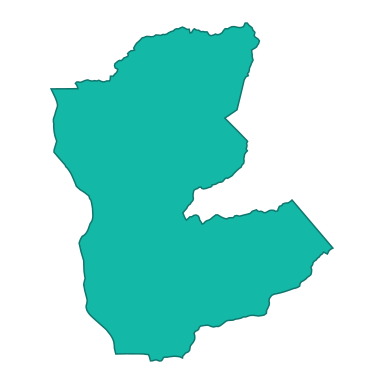 Parambu, Ceará, Brazil
{"feature_id": "56859067B29011141793469", "entity_name": "Parambu", "entity_type": "district", "adm_level": 2, "iso_a3": "BRA", "parent_name": "Brazil", "parent_adm1": "Ceará", "projection": "orthographic", "projection_center": [-40.595, -6.298], "detail": "fine", "context": "isolated", "style": "filled", "palette": "teal", "viewbox_px": 384, "rotation_deg": 0, "n_neighbors": 0, "source": "geoboundaries", "source_scale": "gbopen_adm2", "svg_char_len": 5246}
<svg xmlns="http://www.w3.org/2000/svg" viewBox="0 0 384 384"><path d="M87.2,299.9L86.9,303.1L86.2,305.6L86.1,307.2L86.9,310.3L87.8,311.9L88.9,313.5L90.6,315.5L93.8,318.5L106.3,329.6L110.8,335.4L112.7,338.7L113.8,341.9L114.3,345.5L114.4,348.3L115.8,354.0L126.1,353.8L142.6,353.9L148.4,354.6L149.3,356.5L150.5,360.9L152.9,360.7L154.5,360.1L156.6,359.9L158.0,360.5L159.5,361.0L161.3,360.8L162.4,359.7L163.2,357.9L164.5,357.1L166.9,357.2L169.8,356.7L174.4,356.2L176.7,356.4L179.6,356.7L182.5,358.0L182.9,355.8L184.3,354.6L185.3,353.2L188.0,352.0L189.5,350.5L189.9,348.7L190.3,346.1L191.7,344.2L193.3,342.1L194.6,339.6L194.8,337.3L194.7,335.4L194.0,333.5L195.2,331.3L197.0,330.6L198.6,329.4L199.2,327.4L200.5,326.1L202.2,325.8L204.8,325.4L207.2,325.2L208.8,325.4L210.3,326.1L211.8,326.6L213.6,327.0L216.1,326.4L218.4,326.5L220.5,325.5L223.9,322.9L226.1,321.1L228.2,320.4L231.1,320.3L233.1,320.1L235.7,319.1L237.5,318.9L239.9,318.4L241.8,317.8L243.3,316.9L246.0,316.9L249.1,315.7L250.7,315.4L253.1,315.3L255.7,315.6L258.6,316.0L260.4,315.7L262.0,315.5L264.2,315.0L266.4,313.3L266.6,310.3L267.7,308.4L268.4,306.6L269.1,305.2L269.4,303.1L269.0,301.0L269.3,298.8L270.5,296.9L271.8,295.3L274.0,294.2L276.2,293.8L278.3,293.3L281.0,292.7L282.6,292.2L284.4,291.7L286.2,291.1L288.6,290.3L290.3,289.7L293.2,288.6L295.5,288.1L297.8,287.3L299.7,286.1L300.0,283.7L301.3,281.8L303.7,280.5L306.2,278.7L307.2,277.4L309.2,276.1L310.9,274.6L311.5,272.3L311.7,269.8L310.9,267.1L312.5,265.0L313.2,262.4L314.5,261.0L316.3,259.9L317.3,258.3L319.2,257.0L320.4,255.2L322.5,253.8L323.7,252.0L325.7,253.2L327.4,254.0L328.7,251.2L330.3,249.5L332.9,248.1L292.0,200.0L290.5,201.4L288.2,202.9L286.6,203.0L284.9,203.2L282.9,203.9L281.6,205.7L279.4,206.3L278.3,208.7L277.6,210.9L275.5,211.3L274.0,210.4L271.8,210.2L269.9,210.4L268.2,211.2L266.0,212.5L263.8,212.7L262.4,211.7L260.9,211.2L258.9,211.5L257.5,210.9L256.5,209.8L254.7,210.4L252.2,211.3L250.2,213.4L247.7,214.1L244.8,214.8L242.4,215.4L239.7,216.2L236.6,215.5L234.8,215.9L233.2,217.7L230.5,217.7L228.6,217.9L226.8,218.9L224.9,218.5L223.2,217.9L221.1,216.9L219.2,215.8L217.8,214.9L215.8,214.9L214.4,216.0L212.5,217.4L210.6,219.1L208.7,220.1L207.0,220.6L205.3,221.6L203.7,223.4L202.2,224.1L200.9,221.7L199.7,220.1L199.4,218.5L198.8,216.9L197.8,215.7L196.0,215.0L193.8,215.4L191.9,216.7L189.8,216.9L188.2,218.5L186.4,220.1L185.4,218.7L184.3,216.5L183.5,214.4L182.8,212.9L183.8,211.8L185.1,210.2L186.7,208.4L187.5,206.7L188.6,205.2L190.4,203.9L191.1,202.5L192.8,200.6L193.4,198.7L193.0,196.1L193.2,193.4L193.9,190.3L195.9,189.0L197.5,188.6L198.9,187.3L201.1,187.2L201.9,188.5L203.6,188.9L206.4,188.4L208.0,187.7L210.1,187.2L211.7,186.4L212.1,184.8L213.7,184.7L215.9,184.1L218.6,182.5L221.7,182.0L223.2,181.0L224.7,179.0L226.2,177.9L227.6,178.3L229.1,177.5L230.5,176.7L232.2,175.6L233.7,173.7L235.1,172.3L236.9,170.5L238.9,168.7L241.1,167.2L242.0,165.1L243.7,163.3L244.1,160.9L243.8,158.9L244.2,156.8L244.6,154.3L245.8,152.5L247.4,150.8L246.1,149.0L246.8,147.0L247.0,145.2L246.5,143.4L247.6,141.3L239.5,132.9L224.8,118.1L237.0,109.8L242.1,88.8L244.2,79.8L246.1,76.7L248.3,75.7L247.5,73.6L248.8,72.1L249.3,70.2L249.5,68.0L250.6,65.8L251.4,63.5L252.3,61.7L253.1,60.1L252.6,58.6L252.2,56.5L252.2,54.6L251.9,52.7L251.6,50.2L253.3,49.0L255.0,48.1L256.6,46.9L257.4,45.3L258.6,43.6L259.4,40.8L258.0,39.0L256.6,38.0L255.3,37.2L254.2,35.7L254.9,32.3L253.0,30.2L252.0,27.6L250.1,26.2L248.9,25.2L247.3,23.1L245.2,23.0L244.3,24.9L243.7,26.5L241.8,27.3L240.1,27.6L238.4,27.5L236.1,27.0L234.3,26.6L231.9,26.7L229.8,27.6L227.8,28.8L225.2,28.7L223.6,30.4L222.3,32.5L220.5,33.8L219.0,34.5L217.1,34.7L215.5,34.0L213.6,35.0L211.1,35.7L209.1,34.9L208.1,33.3L207.1,31.9L204.6,31.9L202.9,31.5L200.9,31.7L198.7,30.2L196.7,30.2L194.3,28.8L193.0,30.1L191.5,32.6L189.9,32.9L189.6,31.0L189.2,29.2L187.0,29.4L184.4,27.9L182.5,27.1L180.5,27.8L178.6,28.8L176.5,28.8L174.9,29.4L173.2,31.0L170.9,31.6L168.4,32.9L166.7,34.1L164.7,34.6L163.1,34.4L160.7,35.4L158.3,35.1L155.9,34.9L153.6,36.5L151.2,36.8L148.9,36.5L146.5,36.4L144.1,37.4L142.1,37.9L140.6,39.6L139.1,41.1L136.6,43.2L135.0,45.7L133.7,48.1L134.6,50.0L132.9,50.6L131.1,50.7L128.9,52.2L127.6,53.6L128.4,55.0L127.6,56.5L125.9,57.2L124.0,57.9L122.6,59.5L121.3,60.6L119.5,60.4L118.1,61.1L116.6,62.3L114.9,63.8L114.5,65.8L115.3,68.0L117.7,69.2L117.3,71.3L116.2,72.9L114.5,74.4L113.4,76.1L110.4,76.2L110.2,79.5L109.4,81.0L106.9,80.9L103.9,82.0L101.6,81.5L98.8,80.3L96.7,81.0L94.4,80.6L92.3,81.1L89.7,80.7L87.9,79.9L85.8,80.3L84.1,80.9L82.7,81.5L80.4,82.4L78.2,81.9L76.5,82.1L75.4,83.4L76.6,85.0L77.4,86.7L77.9,88.7L75.1,88.7L64.3,88.8L61.2,88.8L51.1,88.9L55.7,98.6L57.0,102.4L57.5,104.8L57.4,106.5L55.6,111.9L55.0,114.3L53.4,119.1L53.4,121.8L53.8,123.9L53.7,126.2L53.8,128.2L54.2,132.0L55.0,136.1L56.7,141.2L54.1,149.8L54.0,152.2L63.4,163.1L65.2,165.1L65.7,166.6L67.4,168.2L69.3,170.8L71.1,173.8L72.7,177.2L75.4,183.6L76.3,186.2L79.9,189.5L85.0,192.8L87.4,194.8L88.8,195.7L89.6,198.4L91.0,200.3L91.4,202.0L92.5,208.0L92.9,215.8L92.7,218.1L92.0,220.8L90.1,223.8L88.0,229.8L87.0,231.7L86.0,233.3L84.3,235.1L82.1,236.4L80.5,239.2L79.1,243.0L81.1,251.9L83.0,258.2L83.7,260.7L84.0,270.8L84.7,276.0L85.2,278.2L84.3,281.4L83.7,284.6L84.7,290.1L87.2,299.9Z" fill="#14b8a6" stroke="#0f766e" stroke-width="1.5"/></svg>